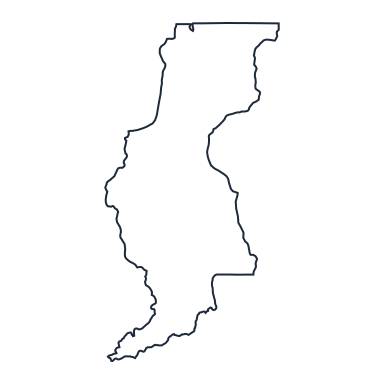 Baião, Pará, Brazil (Robinson projection)
{"feature_id": "56859067B46616418398900", "entity_name": "Baião", "entity_type": "district", "adm_level": 2, "iso_a3": "BRA", "parent_name": "Brazil", "parent_adm1": "Pará", "projection": "robinson", "projection_center": [-49.732, -3.168], "detail": "fine", "context": "isolated", "style": "outline", "palette": "slate", "viewbox_px": 384, "rotation_deg": 0, "n_neighbors": 0, "source": "geoboundaries", "source_scale": "gbopen_adm2", "svg_char_len": 6028}
<svg xmlns="http://www.w3.org/2000/svg" viewBox="0 0 384 384"><path d="M106.3,190.1L107.3,191.5L106.8,193.7L106.3,195.1L105.7,199.7L105.9,202.7L106.7,204.9L107.8,206.2L111.0,206.7L112.8,206.0L113.8,206.6L114.6,207.9L115.5,208.8L116.9,209.4L118.2,212.0L117.7,213.1L117.4,214.9L116.9,217.0L116.5,218.9L117.0,222.0L120.1,227.3L120.8,229.9L120.9,232.2L120.2,235.3L120.5,237.6L122.0,239.8L123.2,241.9L124.2,243.2L124.7,244.6L125.2,248.9L124.8,253.8L125.1,256.7L126.3,258.7L128.0,260.2L130.1,261.8L132.7,263.0L135.4,264.7L137.1,267.4L141.0,266.9L142.5,267.8L144.4,269.9L146.6,270.8L146.3,274.9L145.2,276.6L146.0,278.2L145.8,279.9L145.1,281.6L145.2,283.0L145.9,285.2L147.7,286.2L149.6,287.8L151.3,290.4L152.0,292.3L151.8,295.0L153.1,295.6L154.3,296.6L155.0,298.2L155.7,299.4L155.9,301.1L155.8,303.0L154.8,303.8L153.0,304.7L152.3,305.2L151.5,306.0L151.2,306.9L151.1,308.2L152.0,309.0L152.9,309.1L154.1,309.2L154.6,310.1L154.6,311.5L154.7,312.9L155.0,314.0L154.4,314.7L152.9,315.8L151.7,317.6L151.1,318.7L150.4,319.4L150.2,320.5L149.0,322.4L148.3,323.1L147.5,323.9L146.6,324.4L145.9,325.1L143.4,327.3L142.4,328.3L141.1,328.9L139.4,329.4L138.4,329.3L137.2,328.6L136.1,328.4L135.2,328.8L134.5,329.4L134.1,330.3L133.9,331.5L134.0,333.1L134.2,335.8L133.0,336.1L132.8,335.0L131.8,334.8L131.7,333.8L131.3,332.9L130.5,332.5L129.7,332.6L127.7,333.2L126.9,333.8L126.3,334.7L124.6,336.4L123.6,338.4L122.6,338.7L121.9,339.5L121.4,340.6L120.5,341.1L119.5,341.4L118.7,342.2L118.5,343.1L118.8,344.1L118.9,345.2L119.2,346.2L119.4,347.2L118.2,347.4L117.2,347.7L116.5,348.2L115.7,349.4L115.2,350.2L115.5,351.4L116.1,352.2L116.5,353.2L115.5,353.6L114.4,353.6L113.3,354.0L112.3,354.7L111.5,355.0L110.5,355.2L109.6,355.4L108.7,355.9L107.9,356.7L108.7,357.6L109.6,357.9L110.5,358.5L111.3,360.9L112.4,361.0L113.2,360.5L113.9,359.7L114.6,359.0L115.5,358.5L116.4,358.6L117.3,359.1L118.3,359.5L119.3,359.3L121.0,358.7L122.8,357.6L123.7,357.2L124.4,356.5L127.0,356.3L129.0,356.5L129.9,356.3L132.0,357.0L132.9,357.0L135.0,358.1L135.8,357.0L136.4,356.1L137.1,355.4L137.9,353.5L138.3,352.3L138.8,351.5L139.6,350.9L140.5,350.8L141.6,350.9L142.6,351.5L143.8,351.7L144.6,351.0L145.8,349.1L146.1,348.1L147.0,347.8L147.8,347.2L150.1,347.3L151.3,347.2L153.7,345.7L154.6,345.0L155.5,344.8L156.3,345.2L157.2,345.1L159.0,345.4L160.1,345.4L161.0,345.4L162.0,345.3L163.1,344.5L165.6,343.1L167.5,340.9L168.2,339.8L168.2,338.7L168.9,337.4L171.3,335.6L172.2,334.8L173.1,334.3L174.1,334.1L174.6,335.0L176.0,335.2L177.1,335.6L178.3,335.9L179.7,336.0L180.6,335.3L181.5,334.9L182.1,334.3L183.4,334.4L184.9,334.0L186.0,333.9L187.0,334.1L187.7,334.6L188.8,334.8L190.5,333.5L191.7,332.8L192.7,332.0L193.8,331.5L194.4,330.6L194.3,329.6L194.5,328.3L195.2,327.8L195.2,326.5L195.9,324.6L195.6,323.6L195.6,321.4L196.5,320.2L196.9,318.7L197.0,317.5L197.4,316.3L197.7,314.8L198.9,314.0L199.3,312.9L200.2,312.4L201.2,312.4L202.2,311.9L203.2,311.6L204.6,311.6L205.6,312.9L206.9,311.3L208.1,310.9L207.9,309.8L208.4,308.9L209.6,308.2L210.4,307.5L211.7,308.0L212.2,309.3L213.5,310.1L214.5,309.8L215.4,309.4L216.1,308.3L216.4,307.3L216.2,306.1L215.7,305.2L215.3,304.0L215.1,303.0L214.8,299.7L214.1,298.0L213.7,295.9L213.1,293.9L212.8,292.2L212.8,290.2L212.6,288.0L211.9,284.9L212.0,283.5L212.1,281.7L212.6,280.1L212.7,278.5L213.6,276.8L215.2,275.1L216.8,274.5L227.5,274.5L238.2,274.7L245.1,274.6L253.4,274.6L253.4,273.3L253.6,272.3L253.9,271.2L254.9,269.2L255.4,268.4L256.0,266.2L255.8,265.1L255.6,263.7L256.0,262.1L256.3,260.9L256.9,259.7L256.9,258.7L256.5,257.7L255.4,256.1L254.6,255.6L253.2,254.9L251.8,254.8L250.6,254.8L249.8,253.5L249.4,251.1L248.8,248.4L248.7,247.0L247.9,244.4L247.4,243.4L245.1,241.3L243.3,237.9L243.5,232.5L240.5,226.5L238.4,222.8L237.9,216.4L236.2,208.6L235.7,201.4L237.5,195.4L237.7,192.9L232.8,191.2L231.0,189.1L230.0,186.1L229.1,183.2L228.1,178.7L226.4,176.1L223.6,173.9L218.5,170.6L214.7,168.6L211.0,165.4L208.8,160.0L207.8,156.7L207.1,152.3L207.5,149.4L208.6,145.3L209.0,141.8L209.0,138.6L208.8,136.0L209.4,134.8L210.7,133.7L211.6,133.2L212.8,131.9L213.2,130.9L213.6,129.0L215.5,128.3L219.3,125.0L220.9,123.3L222.6,121.6L224.6,119.2L225.6,116.9L226.8,115.5L228.9,114.7L233.1,113.7L235.2,112.9L238.0,112.3L239.7,112.4L241.6,111.5L244.5,111.5L246.5,111.2L248.0,110.6L248.9,109.5L249.0,108.3L250.2,106.4L253.1,102.9L256.2,101.5L258.7,99.7L258.9,98.4L258.9,96.9L259.8,94.3L260.1,92.4L259.1,91.2L256.1,89.2L255.5,88.2L255.3,85.6L255.4,84.2L255.8,82.5L255.4,78.4L254.9,76.9L254.9,74.8L255.0,73.4L255.4,71.7L255.9,70.7L256.6,68.6L256.0,67.0L255.1,65.7L254.2,64.9L254.3,62.9L255.0,58.5L254.5,56.6L253.9,55.7L254.4,53.0L254.7,51.0L255.5,48.7L256.7,47.2L258.7,45.6L260.0,43.8L262.1,41.9L263.7,40.4L265.7,39.7L267.2,39.6L270.1,39.9L272.0,40.2L274.0,40.6L274.9,40.5L275.6,39.6L277.1,36.4L277.2,35.5L277.0,34.5L276.7,33.6L276.9,31.7L278.7,29.8L278.7,23.4L249.3,23.1L227.2,23.0L204.0,23.3L193.1,23.3L192.5,24.2L192.8,26.9L193.2,28.3L193.3,29.5L192.9,30.9L191.1,29.8L190.3,28.8L189.8,27.8L189.5,26.7L190.9,24.2L188.5,24.1L176.4,24.1L176.2,25.5L175.8,27.0L175.3,28.0L174.9,28.9L174.9,31.6L174.7,34.8L174.9,36.3L174.6,37.9L172.9,38.8L171.2,38.9L169.6,38.7L168.3,38.8L167.0,38.9L166.2,41.0L165.3,42.9L164.1,44.3L162.6,45.3L161.4,46.2L160.1,48.2L159.8,49.1L159.7,53.0L160.5,55.3L162.7,60.4L163.3,61.5L165.1,63.6L165.4,65.1L165.0,67.3L164.1,69.1L163.2,70.7L162.8,72.0L162.6,75.8L162.3,77.3L161.8,79.9L161.9,83.9L161.2,87.0L160.6,93.9L159.4,100.0L158.0,108.0L156.9,114.8L155.1,120.1L152.7,123.4L146.7,126.7L142.9,128.3L141.2,128.8L138.2,129.8L137.1,130.1L135.1,130.4L132.4,130.9L130.5,130.9L128.5,131.3L128.8,134.2L128.5,135.1L127.5,137.0L126.2,137.4L125.0,138.0L125.0,139.3L126.4,140.9L125.4,145.6L124.6,148.5L124.8,150.8L125.3,152.3L125.5,153.5L126.4,154.0L127.0,155.6L126.6,157.4L125.1,159.3L124.0,160.7L123.7,162.9L124.7,164.8L124.3,166.3L122.4,167.8L119.9,167.7L118.1,168.4L117.1,170.1L116.0,172.7L115.5,173.6L114.5,176.0L113.5,177.0L111.1,179.0L110.0,180.1L108.7,180.8L106.8,182.6L106.6,184.3L105.9,185.8L105.3,187.7L106.3,190.1Z" fill="none" stroke="#1e293b" stroke-width="2"/></svg>